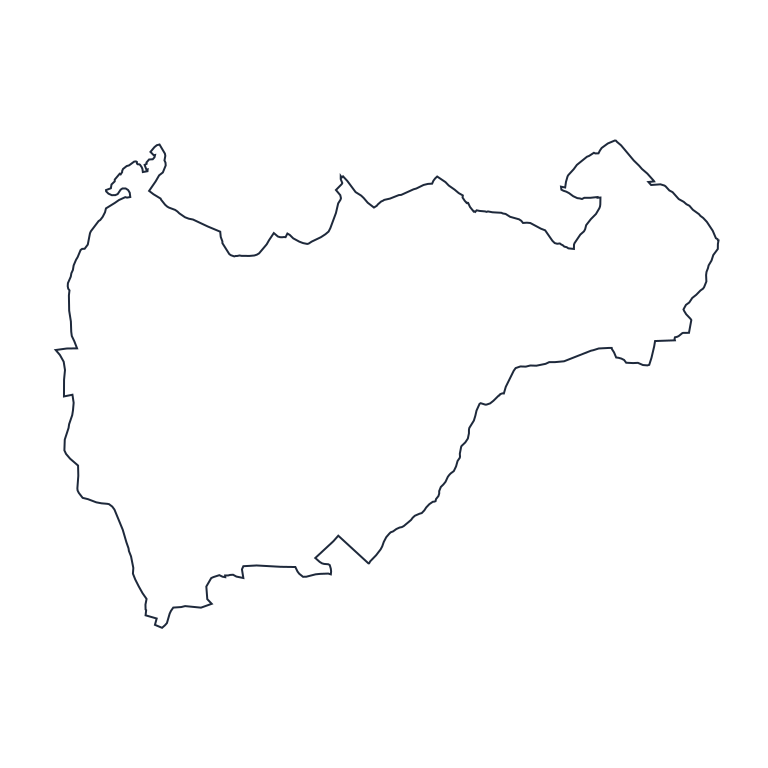 Milas, Bistrita-Nasaud, Romania, rotated 272°
{"feature_id": "2599482B6328448760405", "entity_name": "Milas", "entity_type": "district", "adm_level": 2, "iso_a3": "ROU", "parent_name": "Romania", "parent_adm1": "Bistrita-Nasaud", "projection": "equal_earth", "projection_center": [24.441, 46.819], "detail": "fine", "context": "isolated", "style": "outline", "palette": "slate", "viewbox_px": 768, "rotation_deg": 272, "n_neighbors": 0, "source": "geoboundaries", "source_scale": "gbopen_adm2", "svg_char_len": 6113}
<svg xmlns="http://www.w3.org/2000/svg" viewBox="0 0 768 768"><g transform="rotate(272 384 384)"><path d="M535.6,712.8L539.1,713.3L539.1,712.8L540.4,712.3L541.3,710.6L548.6,707.2L557.3,701.0L561.1,697.2L563.1,694.3L564.7,692.9L568.9,686.6L572.8,683.0L574.2,680.0L576.5,677.2L579.1,672.1L585.8,665.7L587.4,662.4L591.3,658.6L592.1,657.4L593.2,653.3L592.2,644.0L595.1,641.2L595.9,646.9L596.5,646.5L603.5,639.8L607.9,634.3L611.1,631.3L616.1,625.8L630.8,612.6L634.1,608.4L635.3,607.3L635.4,606.2L632.2,599.3L627.5,593.3L624.8,591.6L622.0,590.3L621.8,587.1L622.4,585.7L619.1,581.0L618.2,578.9L609.7,569.1L605.3,566.1L599.2,560.9L597.9,560.2L592.3,558.8L586.7,558.2L587.4,554.0L584.4,554.5L583.4,556.6L582.6,559.4L581.2,562.3L578.3,566.5L576.5,570.7L576.3,573.2L575.8,575.4L577.1,577.7L577.3,583.8L578.3,590.9L577.6,590.9L577.9,593.8L571.1,593.9L569.0,593.7L567.2,593.1L561.3,589.9L556.0,585.0L549.8,580.5L545.7,579.6L543.5,578.5L540.2,575.0L531.4,569.5L529.9,569.0L525.6,569.1L526.0,563.5L527.1,561.8L527.6,559.4L529.0,557.7L529.5,556.4L530.6,554.8L530.2,552.2L530.8,549.7L533.0,547.3L543.2,539.7L544.7,535.4L550.0,524.6L550.2,521.2L549.8,517.3L551.9,515.5L553.3,513.2L555.5,504.2L558.2,499.6L558.6,496.7L559.2,495.4L559.4,486.4L560.1,481.9L559.6,480.5L560.0,479.0L560.3,473.6L560.8,470.5L559.1,469.1L560.0,467.6L559.7,467.4L563.9,463.8L567.8,461.8L567.6,461.3L568.2,460.5L567.9,460.2L569.9,458.3L573.1,456.0L575.2,456.2L577.4,452.0L580.7,447.8L584.6,441.8L587.9,438.4L593.2,429.9L591.3,428.0L588.9,426.3L585.9,425.1L585.5,420.9L584.3,416.6L580.5,409.5L579.6,406.7L573.6,394.6L573.3,392.2L569.5,383.5L568.0,377.8L567.1,376.5L566.3,374.8L563.2,371.5L561.9,370.6L560.0,367.8L564.6,361.4L569.2,357.2L571.5,354.6L574.8,348.9L585.7,340.2L590.1,335.8L588.9,334.6L590.3,333.5L587.2,333.6L583.4,335.3L582.3,334.8L576.2,329.2L571.2,333.7L568.2,334.5L566.7,334.1L562.9,331.9L553.2,330.0L537.8,324.9L534.4,323.3L531.6,320.2L528.5,315.8L523.8,306.8L521.7,303.8L521.3,302.4L522.0,298.2L523.3,294.4L526.4,288.2L529.7,284.6L531.0,282.2L527.3,280.5L527.4,279.0L527.1,277.0L527.1,275.0L527.7,272.8L531.0,268.6L523.7,264.1L519.5,261.9L510.2,254.6L508.8,252.4L507.9,249.9L507.3,245.1L507.1,237.2L507.4,235.1L506.8,232.7L506.8,231.4L506.3,229.9L507.4,226.4L508.5,224.8L519.1,217.6L520.9,217.5L525.3,215.7L530.5,215.0L535.3,202.3L541.7,187.4L542.4,183.1L543.7,179.3L547.4,173.5L549.2,171.5L550.7,169.2L552.8,162.9L553.7,161.2L555.5,159.0L560.4,154.8L561.5,154.3L565.6,147.0L568.8,142.5L578.5,148.7L584.7,152.0L587.7,155.6L594.8,158.2L597.6,157.9L599.8,156.8L604.4,157.5L606.6,157.0L615.5,151.3L614.7,148.6L612.7,146.3L607.8,142.5L604.6,145.9L604.9,147.2L602.5,146.7L600.5,145.0L600.2,141.4L597.1,138.9L595.8,139.1L594.6,137.1L589.9,139.1L590.3,140.3L588.4,140.2L587.4,135.6L590.4,135.1L592.2,134.3L594.6,132.5L595.0,131.7L595.0,130.2L595.7,129.4L597.3,129.3L597.8,128.3L597.5,126.5L593.6,121.6L592.8,119.2L589.8,115.7L587.8,114.9L586.6,114.9L584.3,113.5L584.9,112.5L578.9,107.8L577.1,107.8L573.9,104.7L570.1,104.2L568.1,99.4L566.8,99.6L564.6,102.0L563.2,105.4L563.4,108.9L564.5,111.2L569.0,114.0L570.3,115.8L570.4,119.0L568.9,121.5L566.3,123.2L562.0,123.9L561.3,120.7L561.7,118.9L558.6,112.7L555.6,108.7L549.8,100.0L545.9,99.2L541.2,97.0L538.0,94.7L536.9,93.1L526.4,85.7L524.4,84.9L513.0,83.1L508.7,80.1L508.5,77.6L507.3,76.1L500.1,73.4L497.4,71.9L491.7,69.7L487.1,69.1L483.8,67.7L480.3,67.2L473.8,64.6L470.7,64.5L468.2,65.1L466.6,66.4L461.5,66.0L446.3,66.8L435.5,68.9L425.3,69.6L421.1,70.3L415.9,73.0L408.9,76.0L408.4,65.7L406.5,54.7L401.7,59.1L395.1,63.1L386.8,64.7L377.1,64.1L360.4,64.6L362.4,73.0L354.4,74.5L346.9,74.1L342.0,73.5L332.8,70.7L329.1,70.3L317.3,66.9L306.5,66.9L303.0,68.7L298.4,72.9L291.8,81.1L281.6,81.7L269.0,81.2L266.9,81.5L264.5,82.8L259.7,86.8L258.6,92.1L255.7,100.6L254.9,105.9L254.6,111.6L254.3,113.4L252.0,116.7L249.1,119.0L229.2,128.0L216.8,132.1L210.9,134.4L208.2,134.9L202.9,137.2L191.4,139.9L185.7,139.7L180.0,142.2L173.1,146.0L166.5,150.0L160.9,154.2L155.2,153.3L150.3,153.6L149.7,154.2L144.5,153.8L141.7,165.0L135.3,163.5L132.6,170.7L135.2,173.5L137.5,175.4L147.0,177.8L149.8,179.0L153.2,181.2L154.0,189.1L155.1,193.0L154.1,208.9L158.3,219.5L162.8,214.9L175.4,213.5L184.0,218.1L185.1,220.3L187.2,226.1L185.8,229.3L185.4,232.1L187.1,231.9L187.2,234.9L187.8,236.8L188.1,239.8L186.4,243.2L185.2,250.2L193.8,248.5L197.0,249.8L198.2,263.0L197.7,287.1L198.0,301.8L193.6,304.1L191.4,305.9L188.5,309.8L188.7,313.1L191.4,322.3L192.0,326.7L192.6,334.9L191.9,337.5L194.8,337.7L197.5,337.3L201.1,336.1L201.9,334.7L202.1,330.4L202.6,328.3L204.0,325.9L207.7,321.4L225.1,338.9L230.8,343.6L204.2,374.7L204.3,375.4L206.3,376.4L212.6,382.1L218.6,386.4L221.7,387.9L226.2,389.3L231.0,391.6L234.5,394.4L236.0,395.8L237.0,398.2L239.5,401.4L241.1,404.6L241.6,406.8L242.7,408.7L249.1,415.8L251.3,417.3L253.4,419.4L255.6,424.0L256.3,426.2L259.1,428.7L262.1,430.5L265.5,433.5L268.0,436.9L268.2,438.4L268.7,439.6L270.8,440.0L273.9,442.3L276.5,443.0L278.9,442.9L283.1,444.4L285.6,446.8L288.4,448.9L293.4,451.0L295.3,452.3L296.9,453.7L299.4,456.8L304.2,458.9L309.6,460.2L312.9,462.3L314.1,462.5L316.9,462.2L323.9,463.3L324.8,463.7L328.5,467.3L332.4,469.7L337.6,470.6L341.4,470.5L343.1,470.8L350.6,475.1L355.5,476.4L360.7,477.4L367.5,480.2L368.2,481.3L366.9,486.0L367.0,487.2L368.3,490.7L371.0,493.9L376.6,499.2L376.6,499.7L377.9,500.5L378.8,502.7L378.7,504.1L385.4,505.8L401.8,513.2L404.5,515.0L406.3,519.7L406.3,525.1L407.6,529.6L407.6,535.6L409.8,544.8L411.6,548.3L411.8,553.9L413.0,563.2L424.5,589.7L425.1,592.0L427.0,597.4L427.9,607.6L428.0,610.3L426.8,610.6L423.6,612.8L418.6,615.1L418.4,617.3L417.7,620.3L416.4,623.1L413.7,625.3L413.6,632.3L414.0,637.0L412.0,642.1L411.8,646.6L412.4,648.4L419.5,650.4L431.0,652.7L436.4,653.4L437.8,673.2L439.1,672.8L440.8,673.1L441.5,675.6L442.4,677.1L445.2,680.3L445.5,681.0L445.8,687.0L458.6,688.9L459.8,688.1L464.2,683.6L467.5,681.4L469.0,680.7L473.6,683.0L476.1,686.2L480.8,689.1L484.0,692.9L488.5,697.0L490.4,699.5L491.9,700.5L497.7,702.6L504.1,702.1L507.3,702.4L511.0,703.7L513.9,704.3L518.8,707.0L524.4,708.6L530.6,712.9L535.6,712.8Z" fill="none" stroke="#1e293b" stroke-width="2"/></g></svg>